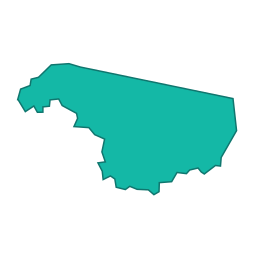 Amelia, Virginia, United States of America (Robinson projection), rotated 176°
{"feature_id": "52423323B30039093063253", "entity_name": "Amelia", "entity_type": "district", "adm_level": 2, "iso_a3": "USA", "parent_name": "United States of America", "parent_adm1": "Virginia", "projection": "robinson", "projection_center": [-77.89, 37.345], "detail": "fine", "context": "isolated", "style": "filled", "palette": "teal", "viewbox_px": 256, "rotation_deg": 176, "n_neighbors": 0, "source": "geoboundaries", "source_scale": "gbopen_adm2", "svg_char_len": 759}
<svg xmlns="http://www.w3.org/2000/svg" viewBox="0 0 256 256"><g transform="rotate(176 128 128)"><path d="M182.4,196.3L200.2,196.3L213.8,184.8L221.2,183.5L222.7,177.2L232.4,174.3L236.1,163.9L235.5,163.6L229.3,151.5L220.4,156.5L217.3,150.0L211.8,149.7L211.4,155.0L204.9,155.2L203.8,161.5L195.1,161.8L192.1,155.0L178.3,146.2L177.6,141.1L181.8,133.2L167.0,131.1L161.7,123.7L152.1,118.6L155.7,106.0L153.0,95.8L160.4,95.3L156.7,86.7L156.4,78.3L148.9,81.4L144.7,78.1L143.9,69.7L134.9,66.8L130.3,69.7L123.2,66.2L112.0,64.9L106.8,59.7L101.5,62.3L100.6,71.3L88.2,71.4L82.2,80.2L72.9,78.4L69.4,81.8L60.9,83.2L58.0,79.0L55.1,76.8L43.4,84.5L38.4,83.6L37.1,92.1L19.9,117.8L21.2,150.0L171.2,192.1L182.4,196.3Z" fill="#14b8a6" stroke="#0f766e" stroke-width="1.5"/></g></svg>